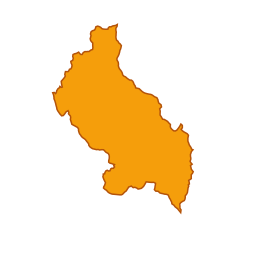 the district of Mogi das Cruzes, São Paulo, Brazil, rotated 141°
{"feature_id": "56859067B10888150233547", "entity_name": "Mogi das Cruzes", "entity_type": "district", "adm_level": 2, "iso_a3": "BRA", "parent_name": "Brazil", "parent_adm1": "São Paulo", "projection": "mercator", "projection_center": [-46.187, -23.555], "detail": "fine", "context": "isolated", "style": "filled", "palette": "amber", "viewbox_px": 256, "rotation_deg": 141, "n_neighbors": 0, "source": "geoboundaries", "source_scale": "gbopen_adm2", "svg_char_len": 4188}
<svg xmlns="http://www.w3.org/2000/svg" viewBox="0 0 256 256"><g transform="rotate(141 128 128)"><path d="M91.2,70.2L91.9,71.7L91.3,73.2L91.2,74.6L91.0,76.4L90.3,78.2L89.8,80.0L89.0,81.0L87.9,82.4L85.6,84.3L85.6,86.4L86.4,88.3L87.1,90.1L87.5,91.8L87.5,93.6L85.7,93.9L84.9,94.8L84.1,95.9L84.4,97.8L86.7,96.8L88.3,96.3L90.0,95.9L91.4,95.6L93.1,95.9L94.3,97.1L94.7,99.2L94.8,101.0L94.3,102.4L92.8,104.1L93.1,106.3L93.1,108.3L93.9,110.5L94.5,112.0L95.6,113.0L95.1,115.7L94.9,117.9L94.0,119.0L92.3,120.9L91.3,123.0L88.7,123.3L87.7,125.3L88.0,126.6L88.4,127.9L87.7,129.8L86.9,131.3L86.5,133.4L87.7,135.6L88.4,138.3L89.1,139.7L90.1,140.8L91.1,142.0L92.5,143.9L93.2,145.0L94.0,147.2L94.3,149.5L94.6,151.6L95.8,153.1L96.8,154.4L96.0,155.9L95.8,158.1L95.2,159.8L94.9,161.3L95.2,163.0L96.5,164.2L97.0,165.7L97.5,167.6L97.7,169.2L98.6,171.0L98.7,172.7L97.9,174.2L97.5,175.9L97.4,177.4L97.4,179.2L97.0,181.0L96.2,182.6L95.2,183.6L94.2,185.3L93.8,187.6L93.1,188.8L91.9,189.5L90.3,190.1L88.7,190.9L86.7,192.3L85.5,193.4L84.3,193.9L83.0,194.8L81.3,196.2L81.2,198.4L81.6,200.0L81.2,201.7L81.6,203.4L80.9,205.1L80.1,206.4L78.9,207.6L77.9,208.8L76.8,209.9L75.9,211.6L74.7,213.1L72.5,213.9L71.2,215.2L73.1,215.5L74.3,216.2L75.8,217.0L77.5,217.3L78.7,218.3L80.1,218.3L81.4,217.5L83.1,218.7L84.8,220.3L85.7,221.5L85.9,223.5L86.7,225.2L87.5,226.3L89.2,226.9L91.0,225.7L92.3,225.2L94.6,226.0L96.2,226.0L98.0,224.7L98.6,223.1L100.0,222.0L101.1,221.3L101.8,220.0L102.1,218.5L101.9,216.3L102.8,215.2L103.8,213.9L104.6,212.7L106.1,211.3L108.0,212.0L110.0,211.9L111.3,212.9L112.4,213.6L113.4,214.5L115.3,214.8L117.3,214.0L118.4,214.9L118.7,216.3L118.6,218.0L121.2,218.5L122.8,219.3L124.5,219.7L126.0,218.3L126.6,216.7L128.4,215.4L130.5,215.8L131.3,214.4L131.7,212.7L132.4,211.5L133.9,210.4L135.2,209.9L136.5,210.5L137.6,209.9L138.9,209.5L140.1,210.3L141.1,211.2L142.2,210.4L143.4,209.4L144.1,207.8L145.4,207.3L147.1,206.9L148.8,206.6L150.5,206.3L151.6,204.6L152.5,202.9L153.3,201.2L154.5,201.7L154.7,203.2L156.0,202.5L157.7,202.6L160.0,201.8L161.2,200.8L162.6,200.3L162.9,202.0L164.3,202.8L165.0,200.6L166.1,198.6L167.1,197.3L167.8,195.0L168.8,192.6L169.8,190.6L170.5,188.9L171.4,187.3L171.8,185.5L171.9,184.0L172.1,181.8L171.9,179.2L170.4,178.4L168.3,178.8L166.0,179.5L163.7,179.2L164.1,177.5L165.3,176.5L165.3,175.2L165.2,173.7L165.8,172.4L167.4,170.9L168.1,169.2L168.7,167.6L169.3,166.3L168.8,164.9L168.1,163.3L167.6,162.0L166.9,160.3L167.0,158.5L168.1,157.1L168.8,155.5L169.3,154.0L169.3,152.2L169.5,150.7L169.3,149.1L168.7,147.1L168.4,145.7L168.5,143.5L168.5,141.8L168.6,140.4L169.3,139.3L169.5,137.5L169.0,135.4L168.5,134.1L167.3,132.6L166.1,131.0L164.7,130.1L163.9,128.8L162.2,127.8L160.7,126.5L160.5,124.3L160.4,123.0L159.4,120.6L159.8,118.7L160.7,117.3L162.0,115.9L163.4,114.9L164.5,113.6L164.2,112.1L162.9,110.4L162.3,109.2L161.5,108.1L162.8,107.7L163.0,106.2L164.8,105.9L165.8,106.9L167.1,107.1L168.9,106.1L170.2,106.8L170.7,108.2L172.0,108.6L173.8,108.0L175.0,107.1L176.2,107.8L177.0,106.8L178.2,105.9L178.9,104.0L179.4,102.0L179.9,99.7L182.2,98.2L183.8,97.6L184.8,96.8L184.5,94.6L183.9,93.2L183.9,91.1L183.5,89.4L182.9,88.2L182.0,86.7L176.5,81.3L175.3,80.3L174.0,79.9L172.6,80.1L170.7,80.3L168.9,80.2L167.3,80.8L166.0,81.2L164.6,81.7L163.3,81.2L162.0,80.8L161.5,78.4L160.0,77.6L159.0,75.9L158.6,74.2L157.3,73.5L155.6,72.7L154.3,72.7L152.7,72.8L150.7,73.5L149.2,74.1L147.8,74.7L144.7,71.6L143.4,70.5L142.2,69.6L141.4,67.7L142.6,66.5L143.6,65.7L144.6,64.7L146.3,63.5L146.2,61.5L145.2,60.6L144.3,59.6L144.2,57.7L143.4,56.4L142.4,55.2L141.3,53.7L140.1,52.5L139.0,51.0L139.3,49.2L139.8,47.9L140.0,46.1L140.5,44.0L140.8,42.8L141.6,41.4L140.9,39.1L141.0,37.1L140.6,35.4L140.3,34.1L140.3,32.7L140.3,30.9L140.3,29.1L138.3,31.0L138.1,33.0L136.9,34.5L135.6,36.4L133.9,36.8L131.6,36.6L129.9,36.2L128.6,36.8L127.3,37.9L126.3,39.2L124.1,39.7L122.4,40.5L120.6,42.2L119.0,43.7L117.4,44.6L116.9,45.9L115.5,45.9L114.5,47.5L113.8,49.1L112.2,48.9L110.7,48.8L109.9,49.9L109.0,50.9L108.2,51.9L106.4,52.2L104.8,53.0L104.8,54.6L104.7,56.2L103.8,57.9L103.1,59.5L100.9,59.5L101.0,61.6L100.7,63.1L99.1,64.0L98.1,65.1L97.5,66.3L96.2,68.1L94.7,69.0L93.6,69.8L91.2,70.2Z" fill="#f59e0b" stroke="#b45309" stroke-width="1.5"/></g></svg>